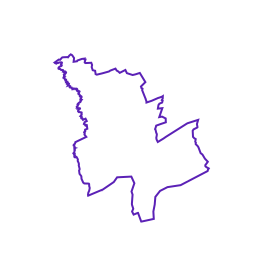 Sesavas pag., Jelgava, Latvia (Equal Earth projection), rotated 333°
{"feature_id": "27541924B5814503616889", "entity_name": "Sesavas pag.", "entity_type": "district", "adm_level": 2, "iso_a3": "LVA", "parent_name": "Latvia", "parent_adm1": "Jelgava", "projection": "equal_earth", "projection_center": [23.783, 56.412], "detail": "fine", "context": "isolated", "style": "outline", "palette": "violet", "viewbox_px": 256, "rotation_deg": 333, "n_neighbors": 0, "source": "geoboundaries", "source_scale": "gbopen_adm2", "svg_char_len": 5295}
<svg xmlns="http://www.w3.org/2000/svg" viewBox="0 0 256 256"><g transform="rotate(333 128 128)"><path d="M194.2,152.6L183.3,150.8L182.5,150.8L157.7,153.1L154.8,153.5L148.2,154.0L148.2,152.3L148.3,150.9L148.8,149.5L150.0,148.0L150.9,146.6L151.0,145.0L151.7,142.2L151.6,141.3L152.7,140.3L154.2,138.7L158.9,139.3L164.3,140.1L165.9,136.6L163.5,133.3L160.8,132.5L167.6,125.9L163.4,124.3L165.4,121.6L165.8,121.2L166.8,120.8L167.0,120.6L170.0,120.8L171.3,119.3L170.8,118.5L172.3,117.5L173.5,115.4L172.4,115.5L170.0,115.2L168.3,114.9L168.0,114.9L161.4,114.5L156.0,113.7L156.6,112.3L156.8,110.4L157.0,109.9L157.0,109.1L157.8,100.7L158.8,99.6L158.7,99.3L158.1,98.7L158.4,96.9L164.3,95.0L163.5,84.3L159.1,83.6L156.2,82.9L151.9,78.6L152.0,75.1L145.7,75.1L145.0,73.2L144.0,71.7L143.8,69.4L138.2,68.8L136.7,69.0L129.8,67.6L124.4,66.3L123.6,65.3L124.7,62.1L122.8,60.5L123.3,57.2L124.6,55.6L124.9,53.2L119.7,50.9L119.2,50.2L119.2,49.8L121.2,47.7L120.2,47.0L120.2,46.8L120.7,46.4L118.2,45.5L113.6,44.9L112.9,45.4L109.6,44.3L111.7,41.2L111.3,37.8L110.4,36.4L108.7,36.8L106.6,37.8L106.2,37.3L102.0,35.4L101.1,35.3L98.5,36.4L97.4,35.6L92.7,36.3L92.9,36.5L92.4,36.8L92.5,37.1L92.9,37.5L93.3,38.1L94.6,38.0L95.4,38.4L96.5,38.4L98.2,39.1L98.7,39.4L98.8,39.7L98.8,39.9L98.7,40.0L98.2,40.0L97.9,40.1L97.9,40.7L97.7,41.0L97.2,40.9L97.1,41.0L97.4,41.7L97.3,42.3L96.5,42.5L95.2,42.3L94.8,42.4L93.9,42.5L93.5,42.7L93.0,43.5L93.4,44.2L94.0,44.4L94.5,44.8L94.6,45.4L94.8,45.8L94.8,46.0L95.2,46.3L96.1,46.6L96.3,46.8L96.2,47.0L96.0,47.4L96.1,47.6L96.4,47.5L96.5,48.0L96.0,48.3L96.4,48.5L96.0,48.9L96.1,49.4L96.4,49.4L97.1,48.9L97.6,49.0L97.8,49.3L97.7,49.6L98.1,50.3L98.0,50.5L97.3,51.0L96.9,51.0L96.3,51.4L96.1,51.3L95.4,51.4L95.5,51.6L95.3,51.8L95.0,51.8L94.9,52.0L95.2,52.2L95.0,52.6L95.1,52.9L94.7,52.8L94.3,53.1L93.6,53.6L93.6,53.8L93.3,54.0L93.5,54.3L94.1,54.3L94.3,54.5L94.0,55.2L93.8,55.4L93.8,55.8L94.1,56.1L94.1,56.3L94.6,56.7L94.2,57.0L94.5,57.1L94.4,57.6L94.0,57.7L94.1,58.0L94.2,58.3L94.2,58.5L93.8,58.9L94.1,59.0L93.8,59.2L94.1,59.5L94.5,59.5L94.8,59.7L94.7,59.8L94.9,60.2L94.0,60.5L93.7,60.7L93.8,60.8L93.7,61.4L94.1,61.5L94.1,61.3L94.2,61.2L94.4,61.1L94.8,61.3L94.8,61.5L94.5,61.6L94.4,61.8L95.2,62.0L94.5,62.8L94.1,63.0L94.8,63.1L95.0,63.5L95.0,63.9L95.3,64.1L95.4,64.3L94.6,64.8L94.5,65.3L94.6,65.5L95.1,65.9L96.1,66.3L96.0,66.9L96.0,67.1L96.1,67.3L96.8,67.7L96.2,68.3L96.6,68.5L97.1,68.4L98.0,68.5L98.9,69.0L98.8,69.3L99.5,69.4L100.1,69.6L100.3,69.9L100.4,70.6L100.2,70.8L99.9,70.8L99.4,71.2L99.5,71.9L99.8,72.3L100.5,72.4L101.4,73.2L101.4,73.5L100.8,73.9L100.1,74.1L99.9,74.2L99.8,74.3L99.9,74.7L99.3,75.0L99.3,75.5L99.7,75.7L99.9,75.9L100.1,77.1L99.4,77.9L99.4,78.1L99.5,78.2L100.4,78.3L100.8,78.5L100.8,79.3L99.8,80.1L98.7,80.6L98.5,80.9L98.9,81.2L99.5,81.8L99.0,82.0L98.2,82.6L97.9,82.4L97.7,82.5L97.4,82.8L97.4,83.2L97.2,83.3L96.0,83.2L94.5,83.6L94.3,83.7L94.9,84.1L94.8,84.4L94.1,84.7L93.3,85.3L92.4,85.6L92.2,85.7L92.3,85.9L92.2,86.1L91.9,86.4L92.6,86.5L92.5,86.9L92.0,87.2L92.1,87.5L91.8,87.9L92.1,88.0L92.6,87.9L93.1,88.2L94.0,88.4L94.1,88.5L94.1,88.9L94.0,89.0L93.8,89.1L92.9,88.8L92.4,88.9L92.1,89.7L91.2,90.1L91.1,90.4L91.2,90.6L91.2,91.0L91.4,91.5L91.9,91.6L92.2,92.0L93.2,92.6L93.2,92.8L93.7,93.2L93.6,93.6L93.0,94.2L92.8,95.1L92.0,95.3L91.8,95.6L91.6,95.6L91.6,95.9L91.2,96.0L91.4,96.2L91.8,96.0L91.8,96.3L91.5,96.5L91.2,97.0L91.6,97.3L90.8,98.2L90.9,98.4L91.5,98.4L91.8,98.7L91.9,99.1L91.9,99.5L91.6,100.0L91.6,100.3L94.4,100.4L94.4,103.1L92.0,103.1L91.7,103.5L91.0,104.0L90.9,104.3L90.7,104.2L90.5,104.4L90.9,105.0L90.9,105.3L91.1,105.6L91.8,105.8L92.1,106.2L91.8,106.4L91.5,106.2L91.2,106.4L91.2,106.6L91.8,107.1L91.9,107.4L92.4,107.3L91.4,110.2L89.1,110.0L89.0,110.4L88.4,110.9L88.5,111.4L88.1,111.7L87.0,111.8L86.9,111.9L86.9,112.1L87.2,112.4L87.2,112.8L86.9,113.3L86.2,114.1L86.8,117.0L74.8,116.7L74.7,117.0L74.0,117.4L73.6,117.9L73.2,117.9L72.7,118.3L72.1,118.3L71.7,118.6L71.6,118.9L71.9,119.2L72.1,120.0L72.0,120.3L71.7,120.4L71.4,120.8L71.7,121.4L71.7,121.6L71.8,121.7L71.1,121.6L70.9,121.9L71.2,122.3L70.7,122.6L70.3,123.2L70.6,123.6L69.3,124.9L69.1,125.3L67.9,125.7L68.0,126.0L68.4,126.0L68.8,126.5L68.0,127.0L68.2,127.5L68.4,128.1L67.6,128.3L67.4,128.5L67.1,129.6L67.2,129.8L67.6,130.2L68.4,130.3L68.7,130.2L69.0,130.5L69.1,133.0L69.0,133.4L68.4,134.2L68.2,134.7L68.2,136.4L67.9,137.9L67.2,138.8L66.3,142.6L66.0,143.0L65.1,143.7L64.0,146.8L64.5,149.5L64.4,150.1L63.5,152.2L63.3,156.3L63.9,157.6L67.6,159.6L67.9,159.9L67.9,160.3L67.0,162.3L66.8,163.6L66.5,164.3L65.0,166.2L63.3,167.6L62.0,169.4L61.8,170.2L75.6,171.2L76.2,171.3L76.4,171.5L76.8,171.3L77.6,171.4L90.8,169.7L95.9,167.0L108.9,172.8L108.6,180.1L102.3,186.2L101.8,189.5L101.6,189.8L101.1,190.6L97.0,197.4L96.7,198.2L96.0,202.4L93.9,204.1L93.7,204.3L93.7,207.7L98.2,208.1L98.4,208.2L97.3,217.3L97.9,217.6L109.7,220.7L112.7,213.9L117.0,208.4L121.1,201.8L128.0,198.6L136.3,198.6L148.9,202.8L179.4,202.5L180.4,201.4L181.6,200.7L180.1,198.5L179.7,197.5L179.6,197.2L180.0,196.2L183.5,194.5L183.8,194.3L182.6,190.2L182.3,185.6L182.1,185.0L181.4,183.6L181.3,183.3L182.0,177.2L181.9,176.0L181.7,175.2L181.0,173.1L181.1,172.8L181.8,171.9L181.7,171.2L181.7,170.7L183.3,168.6L182.4,167.2L181.9,165.4L184.4,159.8L185.8,159.0L189.8,159.0L190.3,158.8L191.2,155.8L194.2,152.6Z" fill="none" stroke="#5b21b6" stroke-width="2"/></g></svg>